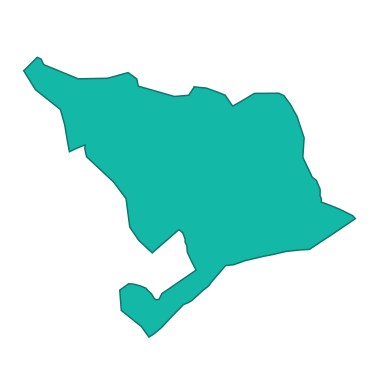 the district of Daura, Katsina, Nigeria, rotated 267°
{"feature_id": "59680162B94433697734962", "entity_name": "Daura", "entity_type": "district", "adm_level": 2, "iso_a3": "NGA", "parent_name": "Nigeria", "parent_adm1": "Katsina", "projection": "natural_earth1", "projection_center": [8.275, 12.981], "detail": "fine", "context": "isolated", "style": "filled", "palette": "teal", "viewbox_px": 384, "rotation_deg": 267, "n_neighbors": 0, "source": "geoboundaries", "source_scale": "gbopen_adm2", "svg_char_len": 1452}
<svg xmlns="http://www.w3.org/2000/svg" viewBox="0 0 384 384"><g transform="rotate(267 192 192)"><path d="M314.6,134.5L310.0,113.6L311.0,84.2L327.0,50.5L332.6,48.3L334.6,44.5L321.9,30.3L302.4,41.0L281.3,64.9L265.8,68.4L251.4,70.0L238.6,71.7L240.5,76.2L241.8,79.5L242.5,81.3L243.2,83.5L243.9,85.3L244.4,87.8L240.8,87.2L232.7,88.6L217.7,103.0L206.0,114.3L188.8,125.8L160.2,128.0L146.5,136.3L133.3,149.1L155.1,176.9L153.2,179.1L151.5,180.7L145.6,182.6L144.7,182.6L142.2,182.5L138.5,184.1L132.3,184.1L122.1,188.2L113.8,192.0L94.9,161.2L92.2,156.7L86.6,153.5L86.2,150.7L87.4,148.8L92.5,146.2L95.7,143.0L98.4,140.9L101.0,135.3L103.1,128.7L103.7,124.0L97.8,114.7L77.4,115.2L60.2,134.5L49.4,141.4L52.1,146.3L58.1,154.3L67.0,163.5L74.9,172.0L80.0,177.5L81.7,182.5L83.7,186.3L93.1,197.7L97.1,203.5L101.3,206.9L116.8,221.7L117.2,229.7L120.7,241.6L124.0,259.9L125.4,269.9L127.8,283.1L128.2,291.9L128.5,296.6L128.5,306.2L135.1,317.3L141.6,328.5L156.8,353.7L160.0,351.2L161.1,349.1L167.1,338.5L170.0,332.3L174.0,323.4L175.1,320.5L178.3,320.9L181.6,319.7L188.0,320.1L197.1,316.8L200.4,312.9L217.4,305.9L220.5,304.6L222.5,304.7L240.2,306.8L262.0,300.8L274.3,294.8L283.4,288.9L286.1,283.8L287.2,259.4L284.5,254.4L281.7,249.2L276.8,239.5L275.7,237.0L286.9,230.2L289.7,224.4L295.0,211.8L296.8,200.3L297.1,199.7L296.4,199.4L290.5,195.1L288.8,193.9L288.8,193.2L288.3,179.5L300.5,143.9L307.7,142.8L314.6,134.5Z" fill="#14b8a6" stroke="#0f766e" stroke-width="1.5"/></g></svg>